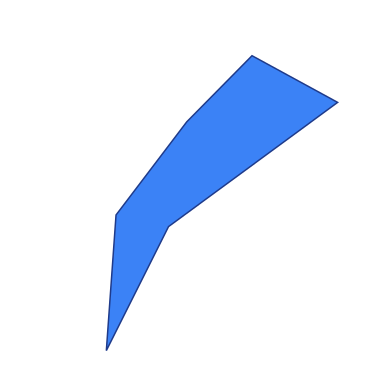 the Parish of Saint Paul Charlestown, rotated 139°
{"feature_id": "KNA-5108", "entity_name": "Saint Paul Charlestown", "entity_type": "Parish", "adm_level": 1, "iso_a3": "KNA", "parent_name": "Saint Kitts and Nevis", "parent_adm1": "", "projection": "mercator", "projection_center": [-62.607, 17.137], "detail": "fine", "context": "isolated", "style": "filled", "palette": "blue", "viewbox_px": 384, "rotation_deg": 139, "n_neighbors": 0, "source": "natural_earth", "source_scale": "10m", "svg_char_len": 252}
<svg xmlns="http://www.w3.org/2000/svg" viewBox="0 0 384 384"><g transform="rotate(139 192 192)"><path d="M57.3,255.5L23.3,164.1L232.4,181.3L360.7,128.5L264.4,224.5L149.9,248.4L57.3,255.5Z" fill="#3b82f6" stroke="#1e3a8a" stroke-width="1.5"/></g></svg>